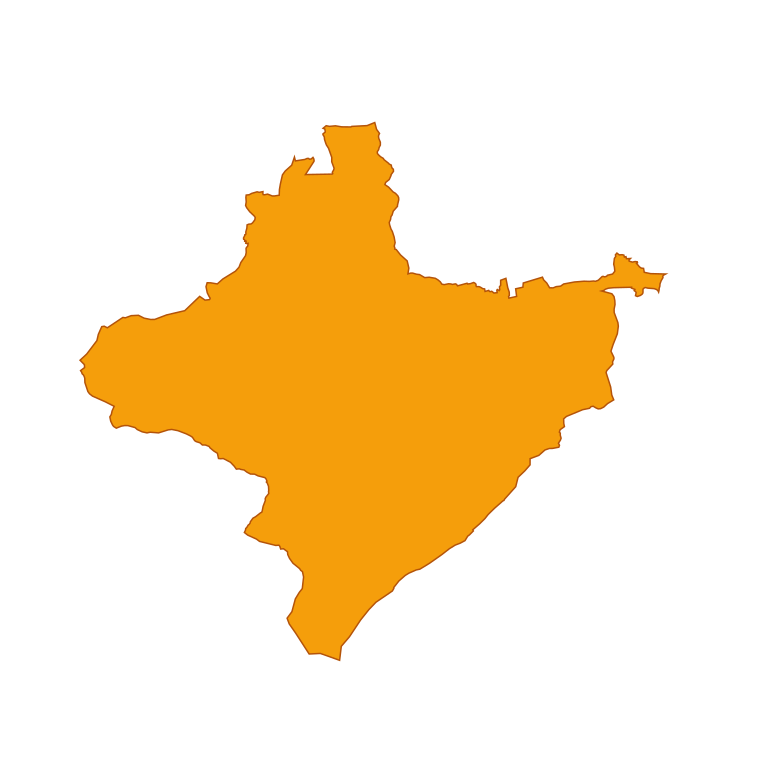 Galatii Bistritei, Bistrita-Nasaud, Romania, rotated 350°
{"feature_id": "2599482B9009826126309", "entity_name": "Galatii Bistritei", "entity_type": "district", "adm_level": 2, "iso_a3": "ROU", "parent_name": "Romania", "parent_adm1": "Bistrita-Nasaud", "projection": "natural_earth1", "projection_center": [24.427, 46.984], "detail": "fine", "context": "isolated", "style": "filled", "palette": "amber", "viewbox_px": 768, "rotation_deg": 350, "n_neighbors": 0, "source": "geoboundaries", "source_scale": "gbopen_adm2", "svg_char_len": 6157}
<svg xmlns="http://www.w3.org/2000/svg" viewBox="0 0 768 768"><g transform="rotate(350 384 384)"><path d="M292.3,648.4L296.4,634.9L306.1,626.9L320.0,612.3L330.0,603.5L338.2,597.5L356.3,589.3L358.2,587.0L358.3,586.1L364.4,580.6L371.7,576.2L375.7,574.6L383.5,572.7L387.1,572.6L397.8,568.4L411.6,561.9L419.9,557.5L426.2,555.0L431.4,554.0L436.6,552.3L440.0,548.4L442.0,547.4L446.5,544.2L446.1,543.0L453.9,538.3L460.1,534.0L463.9,530.6L471.2,525.6L480.7,519.8L481.9,519.5L482.8,518.3L495.9,508.0L499.8,499.2L507.6,494.0L513.8,489.0L514.9,482.9L524.1,481.2L531.1,476.9L535.6,476.2L538.8,476.7L545.2,476.6L546.2,474.8L545.5,472.6L548.0,469.9L549.0,468.1L548.7,465.0L549.1,463.0L548.3,461.9L549.5,459.6L554.3,457.3L554.2,454.0L554.9,449.5L558.1,447.6L575.2,443.8L582.2,443.6L583.8,442.3L586.1,442.2L588.5,444.3L590.6,445.7L593.0,445.9L596.4,444.9L600.8,442.1L607.5,439.5L606.4,434.4L606.7,426.3L604.7,411.3L605.7,409.5L612.8,404.1L612.9,401.9L614.8,399.2L615.0,397.6L613.2,391.1L616.5,384.9L622.5,375.1L624.8,367.8L625.0,364.2L623.1,353.6L623.6,350.3L625.3,345.9L625.8,342.0L625.7,337.8L624.1,334.7L614.5,330.2L616.8,330.0L618.5,329.1L621.6,328.6L626.7,329.0L644.6,331.7L644.3,332.5L647.5,334.4L646.6,335.5L647.8,336.7L648.2,337.8L647.0,340.7L648.6,341.8L651.9,341.3L653.8,340.4L654.6,339.6L655.0,338.6L655.5,335.6L657.1,334.5L658.2,334.4L660.4,335.4L666.6,337.0L668.7,338.2L669.9,339.5L670.4,341.2L671.2,339.3L671.6,337.6L672.6,335.7L673.2,333.3L674.9,330.4L677.2,327.7L677.2,326.3L678.4,325.3L680.5,324.6L665.7,321.6L659.7,319.2L659.7,315.2L657.6,314.6L656.0,313.1L653.6,309.0L654.7,308.6L654.6,307.6L652.5,307.0L649.8,307.1L646.8,305.6L646.8,304.4L648.5,303.2L644.5,302.7L644.4,300.6L642.8,300.7L642.6,298.7L640.9,298.0L638.1,297.7L636.1,295.5L634.3,297.0L634.4,298.6L632.7,300.3L631.0,305.9L631.2,308.7L630.9,313.0L628.2,315.4L622.9,315.7L621.9,316.6L619.9,316.8L618.4,316.0L617.4,316.1L613.1,319.0L610.1,319.6L608.4,319.0L604.0,318.6L598.8,317.5L589.2,316.6L578.3,316.7L574.9,318.3L570.5,318.0L567.2,318.7L563.8,318.0L561.8,312.8L559.3,309.2L558.6,306.3L538.7,308.7L537.6,312.8L530.2,313.1L529.8,320.8L521.9,321.1L521.9,319.4L522.8,318.6L523.3,315.3L522.6,310.7L522.4,301.1L516.9,302.1L516.0,307.1L514.6,308.3L514.3,311.3L513.7,312.0L512.0,310.6L511.4,311.2L511.3,313.7L508.1,313.5L506.2,311.4L504.7,311.5L503.9,311.1L503.4,310.0L499.6,310.4L499.6,307.8L497.9,307.3L495.8,305.4L494.5,304.6L491.9,304.1L491.7,303.1L491.9,302.2L491.6,301.0L490.0,299.6L486.3,300.2L483.6,300.0L483.3,299.2L473.4,300.1L472.8,298.5L471.7,297.8L468.6,297.8L467.3,297.1L465.0,296.5L460.5,296.6L458.3,295.7L457.2,293.2L455.3,290.9L452.9,288.8L447.0,286.7L442.6,286.3L438.0,282.4L435.0,281.5L431.6,279.8L429.6,279.4L426.7,279.7L428.6,274.2L428.2,266.8L422.7,259.8L419.4,253.7L418.0,253.0L418.3,251.8L418.0,250.0L419.5,246.7L419.5,241.0L418.7,235.2L417.8,232.6L417.2,228.3L417.2,225.8L419.0,223.2L419.9,220.4L421.3,219.0L423.1,215.4L428.1,211.4L428.3,210.3L430.5,205.2L430.8,203.1L430.3,201.1L428.4,198.2L426.3,196.4L422.7,190.9L419.5,187.8L420.6,185.8L424.7,183.5L427.2,179.8L427.3,179.1L430.3,176.2L430.5,174.1L429.5,172.8L429.1,171.0L429.2,169.7L427.3,168.3L426.9,167.5L423.0,163.1L422.5,161.7L420.0,159.5L418.0,156.8L417.5,155.4L417.8,154.0L419.4,152.3L420.3,150.2L421.9,148.1L422.4,145.3L421.5,141.1L421.6,139.1L422.1,137.8L423.1,136.5L420.9,131.9L420.3,124.9L412.2,126.6L396.9,124.7L396.0,125.1L387.0,123.4L381.0,121.3L375.0,120.8L371.9,119.6L368.4,121.6L370.0,122.6L370.0,125.0L369.7,125.8L367.3,127.1L367.2,127.9L368.1,130.2L367.9,132.9L368.4,136.5L368.8,138.6L370.3,142.2L371.9,151.8L371.1,156.1L372.3,162.8L371.7,164.3L370.1,166.2L369.8,166.9L370.0,168.0L369.4,168.3L343.0,164.1L353.7,152.6L354.0,151.5L353.9,149.8L353.4,148.5L351.4,149.7L349.6,149.7L349.0,148.8L347.5,148.5L345.0,149.1L335.5,148.9L335.2,145.0L331.1,152.5L323.7,157.1L320.3,160.4L316.7,169.0L314.8,174.3L313.6,179.9L308.8,179.8L306.6,179.4L302.4,176.8L299.0,176.9L297.9,176.5L297.8,175.1L298.2,173.5L294.4,173.6L292.4,172.7L286.8,173.3L284.1,174.2L281.1,174.0L280.4,176.2L279.9,180.8L278.7,184.2L279.4,186.6L281.7,191.1L285.3,195.9L286.1,197.6L285.3,199.9L282.4,202.6L280.8,203.3L278.6,203.1L276.8,203.5L276.0,206.7L274.3,210.3L274.1,212.1L273.6,212.8L272.9,212.8L272.5,213.8L271.0,215.8L270.9,217.1L271.6,217.5L271.8,218.7L271.6,219.3L272.2,219.5L272.8,219.1L273.0,219.7L272.3,221.4L273.3,221.9L274.6,221.9L273.7,224.6L272.3,225.6L271.7,226.5L271.1,230.7L269.9,233.6L264.1,239.5L261.5,243.8L257.3,247.1L243.5,252.6L237.2,256.5L230.7,254.2L227.4,253.6L225.6,257.3L225.8,263.5L226.8,267.0L227.7,269.3L227.5,269.9L226.7,270.6L222.3,270.3L217.7,265.7L200.5,277.2L182.0,278.2L169.4,280.6L165.3,279.9L159.2,277.5L154.1,273.7L146.9,272.8L140.8,273.9L138.4,273.1L121.3,280.6L118.5,278.5L116.0,278.5L111.3,285.5L108.8,291.4L96.4,302.9L88.8,307.8L92.3,312.9L92.0,315.8L87.5,318.1L88.3,319.9L88.5,321.5L89.5,322.8L90.1,324.7L90.3,326.4L89.7,330.7L91.1,340.1L92.3,342.5L94.8,345.3L106.4,353.1L114.4,359.1L111.5,363.4L110.2,366.6L108.3,368.8L108.4,373.1L109.5,377.1L110.3,378.8L112.7,381.0L118.1,379.9L121.4,379.9L124.6,380.5L131.3,383.7L133.1,386.0L137.5,389.1L142.1,391.0L145.4,390.9L153.5,393.0L163.5,391.7L167.1,391.9L173.0,394.2L180.7,398.8L184.5,401.6L186.1,403.2L187.7,406.9L189.0,408.1L192.6,410.0L194.5,412.5L197.6,413.1L200.9,415.1L201.6,416.7L204.7,420.4L207.9,423.3L208.1,428.6L209.9,429.2L212.8,429.5L219.2,434.4L222.2,438.9L223.8,442.2L226.8,442.4L228.0,443.2L231.3,444.4L233.7,447.0L236.9,449.5L240.9,450.3L244.0,452.6L250.4,455.5L251.3,456.9L251.9,459.3L251.1,460.1L251.8,461.2L252.5,464.7L252.0,468.7L251.6,469.8L251.5,471.8L248.0,474.9L247.1,476.3L246.9,478.1L243.7,483.5L242.0,487.9L241.3,489.1L240.1,489.4L234.5,492.4L231.6,493.4L228.5,496.4L228.0,497.7L226.9,498.8L225.8,499.3L224.0,501.4L222.7,502.3L222.2,503.9L220.7,506.0L223.6,509.2L231.5,514.6L234.1,517.4L249.4,524.2L252.5,524.5L253.2,525.7L253.6,528.6L256.4,528.8L259.8,532.4L259.6,535.3L260.7,539.4L263.3,544.8L268.8,551.1L269.6,553.0L271.1,554.6L271.3,560.1L268.0,571.3L264.4,574.5L259.4,580.2L253.8,592.2L247.9,597.8L249.0,603.8L253.7,613.9L263.4,636.9L274.5,638.3L292.3,648.4Z" fill="#f59e0b" stroke="#b45309" stroke-width="1.5"/></g></svg>